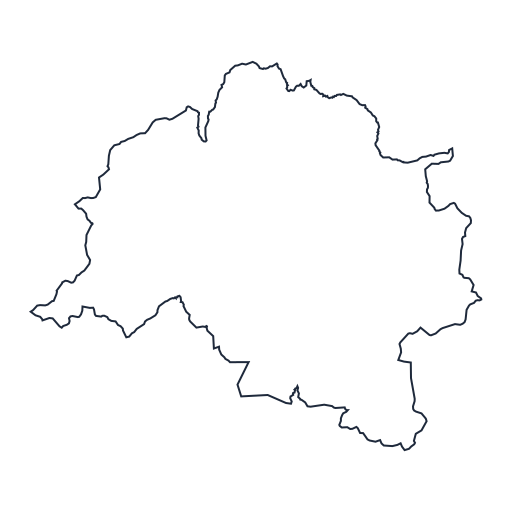 Guamote, Chimborazo, Ecuador (Mercator projection)
{"feature_id": "8360857B94409334599022", "entity_name": "Guamote", "entity_type": "district", "adm_level": 2, "iso_a3": "ECU", "parent_name": "Ecuador", "parent_adm1": "Chimborazo", "projection": "mercator", "projection_center": [-78.64, -2.048], "detail": "fine", "context": "isolated", "style": "outline", "palette": "slate", "viewbox_px": 512, "rotation_deg": 0, "n_neighbors": 0, "source": "geoboundaries", "source_scale": "gbopen_adm2", "svg_char_len": 5968}
<svg xmlns="http://www.w3.org/2000/svg" viewBox="0 0 512 512"><path d="M383.8,445.5L392.4,446.1L397.4,444.9L400.6,443.3L402.0,446.6L404.6,450.1L409.0,448.8L411.2,446.5L414.2,444.3L415.0,442.8L413.9,440.9L415.8,433.8L421.5,430.4L426.6,421.2L425.8,418.6L421.5,413.4L416.0,411.6L414.1,410.5L413.2,409.0L413.0,406.4L414.6,401.2L414.7,398.8L411.0,378.1L410.8,362.5L404.0,361.6L398.3,360.0L401.1,352.4L400.8,348.7L399.5,344.0L400.3,342.4L408.3,333.6L409.9,333.2L412.6,333.8L417.2,331.3L420.5,327.6L429.5,335.0L431.0,335.3L435.7,333.5L440.5,329.2L442.6,328.1L455.0,324.1L460.2,324.8L462.7,323.7L464.6,322.1L465.6,319.4L466.6,309.8L469.0,305.6L470.2,304.4L474.0,302.9L475.7,300.7L477.5,300.2L479.6,300.4L481.3,299.5L481.1,298.4L477.7,296.0L476.0,292.5L471.7,291.4L473.6,285.0L470.2,279.4L468.8,278.2L464.3,277.8L463.5,277.3L462.4,274.8L459.5,273.5L459.3,269.7L460.6,260.6L461.1,250.5L462.6,244.1L462.0,238.9L463.0,237.0L465.3,236.1L465.0,232.5L466.2,228.1L470.8,223.1L471.0,220.3L470.3,217.9L469.0,216.3L466.1,215.8L461.7,212.8L457.4,208.3L455.1,203.7L453.8,202.9L450.1,204.1L448.4,205.9L444.5,208.7L438.9,210.5L435.9,210.6L434.6,208.9L434.3,207.7L429.5,202.6L429.6,196.1L426.9,192.0L427.0,189.4L427.9,187.8L428.0,186.0L427.7,184.0L426.7,182.7L427.1,181.3L425.8,176.2L425.2,169.3L431.8,163.7L438.5,163.9L440.8,162.3L448.4,161.5L450.1,160.7L452.9,156.0L452.2,148.4L449.1,150.0L448.9,152.0L447.7,153.4L444.4,152.8L439.0,153.4L434.4,154.7L433.5,155.9L430.6,155.0L426.0,156.6L422.3,156.9L419.7,158.3L417.3,160.4L407.7,162.7L403.5,162.4L403.4,161.9L402.5,162.0L399.6,160.4L397.7,160.3L396.9,159.4L392.5,159.6L389.2,157.3L383.2,157.5L380.6,155.1L379.9,153.2L380.3,152.5L379.3,151.4L379.4,150.7L375.6,145.2L375.4,143.3L377.4,140.2L377.1,139.4L377.7,138.8L377.2,136.0L378.4,133.5L377.4,132.3L378.5,131.5L378.0,129.9L379.2,127.0L377.9,122.5L377.2,122.5L376.2,121.2L376.2,118.5L374.4,116.2L372.8,115.5L370.9,112.5L367.8,110.4L367.4,109.1L365.2,107.7L365.6,106.4L365.0,105.1L362.3,105.2L359.6,104.1L356.6,100.1L352.6,97.4L352.0,96.3L346.8,95.6L343.3,93.9L340.9,95.0L340.2,94.4L336.9,94.9L336.1,96.0L334.7,95.9L333.9,97.0L333.1,96.6L332.4,97.7L331.4,97.4L329.2,98.2L327.5,97.0L327.3,96.0L325.9,96.6L325.3,95.7L323.2,96.2L323.4,94.6L322.1,93.7L320.7,94.0L319.5,93.4L316.4,89.9L314.3,89.3L314.3,88.1L312.7,87.1L312.3,85.9L311.3,85.8L310.3,81.9L310.6,80.0L309.2,80.8L306.7,81.2L306.3,85.5L303.7,87.5L301.7,86.2L300.6,84.0L298.8,85.8L297.2,85.7L295.9,86.7L293.9,90.4L292.8,90.6L290.5,89.8L289.3,91.1L288.3,91.0L286.5,88.5L287.2,87.3L287.1,85.5L287.8,85.2L286.8,83.8L287.1,82.9L286.1,82.1L285.2,79.3L284.2,78.5L283.1,76.2L280.6,69.2L279.0,68.6L277.5,66.2L277.6,64.5L276.8,63.5L272.1,66.4L270.0,66.3L267.9,68.0L265.6,68.7L263.8,68.3L263.0,69.0L259.6,68.1L258.9,66.4L256.4,63.7L252.7,61.9L245.9,64.5L242.1,63.7L237.8,65.4L235.2,65.7L230.3,70.0L229.5,72.4L225.9,73.9L224.8,75.4L224.3,82.2L223.2,84.1L221.5,84.9L222.1,87.3L219.5,89.9L218.3,92.6L217.6,96.8L216.7,99.4L215.6,100.5L216.0,102.7L215.4,103.4L214.9,107.1L213.2,109.5L212.2,109.8L210.3,111.7L209.2,111.7L208.7,114.7L207.9,116.0L208.0,118.6L208.6,119.4L208.3,121.1L205.4,127.5L205.5,135.8L206.6,140.4L205.6,141.5L203.8,141.4L201.7,139.7L201.4,138.2L199.3,135.5L198.6,133.3L198.7,130.5L197.3,127.6L198.5,126.7L198.0,125.5L198.6,118.8L198.2,116.1L199.0,114.8L199.0,112.7L198.0,112.3L197.5,111.2L192.1,109.0L190.0,107.0L188.1,106.4L186.7,107.3L185.9,110.5L172.4,118.8L169.4,119.7L166.5,118.3L164.5,118.2L155.7,119.8L152.7,122.4L148.1,129.9L145.1,133.2L140.2,133.4L136.6,135.0L133.3,137.2L128.2,138.9L124.7,141.0L121.1,141.9L119.5,144.0L114.3,145.3L110.2,150.1L108.9,155.7L108.3,164.4L107.5,166.2L108.5,167.4L109.0,169.3L103.3,174.6L99.0,177.5L100.2,189.4L95.8,197.1L93.2,198.0L91.0,198.1L87.7,197.4L85.0,198.1L82.8,198.0L79.4,201.2L74.9,204.3L78.5,208.6L81.3,208.6L83.1,210.2L86.1,213.7L86.5,216.7L87.6,219.4L89.5,220.8L90.9,222.8L92.3,223.2L92.6,223.9L91.2,225.5L86.5,235.0L86.2,242.0L85.3,245.3L87.1,254.9L90.1,260.0L89.4,263.8L84.3,270.6L81.5,272.4L78.9,275.0L76.9,275.5L74.6,280.7L73.0,282.4L71.2,282.7L67.8,281.1L65.4,280.7L62.2,282.4L62.1,283.3L56.6,290.7L57.0,291.6L56.4,294.3L53.7,300.9L52.0,301.2L47.7,304.6L45.2,305.4L40.1,305.1L37.2,305.6L33.1,310.1L30.7,311.7L35.5,315.3L40.2,316.8L42.2,319.2L42.5,320.4L49.4,318.0L52.7,318.4L59.5,326.3L61.7,327.7L63.2,326.0L66.8,324.8L68.9,323.4L69.6,321.0L69.0,318.2L70.5,316.4L72.5,316.0L77.9,317.1L79.2,316.8L81.0,314.4L82.3,310.7L82.5,306.5L89.8,307.9L93.1,307.7L94.0,309.4L94.9,314.5L96.0,315.9L101.2,316.6L102.3,315.8L104.2,315.7L107.3,317.1L108.4,319.2L111.3,320.9L115.6,321.4L118.0,325.0L120.6,326.2L122.8,328.6L123.0,330.5L126.3,337.3L129.2,336.6L131.9,333.3L134.2,332.1L136.7,328.9L144.1,324.1L145.0,321.5L147.1,319.8L150.2,318.5L155.4,315.3L157.4,312.3L157.5,310.1L159.0,306.3L165.4,301.5L167.2,301.0L170.3,298.9L172.8,298.1L173.8,298.4L174.9,297.5L175.7,298.1L175.6,297.3L177.4,297.3L177.5,296.4L179.4,295.8L180.6,297.2L181.1,301.1L180.8,302.0L182.5,302.2L183.8,304.7L183.5,306.1L186.2,311.7L189.7,314.9L189.1,318.3L189.2,319.7L190.1,321.4L196.4,327.6L202.8,326.5L205.2,326.9L206.4,326.0L207.0,326.4L206.6,327.8L207.4,330.7L213.2,336.1L213.9,348.5L219.0,346.7L219.2,349.7L221.3,354.5L224.4,357.3L225.4,358.9L228.5,360.6L230.0,362.2L248.6,362.1L237.5,384.6L241.2,396.4L267.7,395.0L286.0,403.0L291.0,403.7L291.7,401.5L290.2,398.2L290.5,396.5L293.2,394.9L292.9,393.9L293.2,392.9L294.5,392.6L295.0,390.4L294.5,389.7L295.1,389.4L295.2,388.6L296.6,388.0L297.4,386.2L298.1,387.9L297.4,390.4L298.9,393.4L298.2,397.1L300.1,398.8L300.3,399.6L301.5,399.8L305.2,402.4L307.5,406.3L310.6,406.7L324.2,404.7L332.1,406.1L333.9,407.6L335.4,408.0L344.7,407.4L345.1,408.8L346.4,410.1L347.8,410.1L346.3,411.8L343.2,413.3L342.1,415.2L340.9,418.3L340.9,420.9L339.3,424.9L339.8,426.0L341.8,427.5L347.3,427.2L350.2,429.0L352.4,428.8L356.4,426.9L357.8,428.2L360.1,433.0L363.1,433.1L367.5,439.4L369.6,440.5L375.5,441.7L380.1,440.1L381.5,443.4L383.8,445.5Z" fill="none" stroke="#1e293b" stroke-width="2"/></svg>